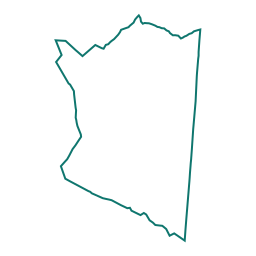 the district of Maria Helena, Paraná, Brazil
{"feature_id": "56859067B83221867435385", "entity_name": "Maria Helena", "entity_type": "district", "adm_level": 2, "iso_a3": "BRA", "parent_name": "Brazil", "parent_adm1": "Paraná", "projection": "equal_earth", "projection_center": [-53.224, -23.591], "detail": "fine", "context": "isolated", "style": "outline", "palette": "teal", "viewbox_px": 256, "rotation_deg": 0, "n_neighbors": 0, "source": "geoboundaries", "source_scale": "gbopen_adm2", "svg_char_len": 1480}
<svg xmlns="http://www.w3.org/2000/svg" viewBox="0 0 256 256"><path d="M198.6,55.8L198.6,52.0L199.4,40.4L200.3,29.5L198.3,30.0L194.0,31.3L191.7,33.2L189.3,33.9L186.4,35.8L184.5,36.5L182.9,37.6L180.9,38.5L178.3,35.7L175.1,35.2L172.9,35.3L170.0,33.1L168.8,31.3L166.5,30.4L164.2,28.4L161.7,28.2L159.4,27.2L157.4,26.9L155.4,25.7L152.0,24.3L149.0,23.3L147.0,23.2L144.6,23.0L142.8,23.7L141.0,21.6L140.4,18.0L138.8,15.4L137.4,16.8L135.1,19.5L133.6,22.6L129.9,25.7L128.5,27.2L125.9,28.1L123.9,28.8L121.1,29.8L120.0,32.1L118.2,34.7L114.1,39.1L111.5,41.0L109.9,42.4L108.3,44.2L105.8,44.9L103.6,48.7L101.8,48.2L95.3,45.0L82.5,56.1L77.6,51.8L75.6,50.1L65.6,40.9L55.7,40.3L61.6,55.0L56.1,62.0L68.6,83.5L70.1,84.6L73.9,91.1L74.1,94.4L75.6,107.5L76.1,110.4L75.9,113.6L75.7,117.7L76.3,120.2L76.7,122.8L77.4,125.9L79.1,130.2L80.8,134.4L81.1,136.8L78.8,140.2L75.4,145.4L72.6,149.1L69.2,155.7L67.2,159.2L64.9,161.7L60.9,166.2L65.3,178.7L70.2,181.4L88.4,191.1L90.2,191.8L91.8,193.3L102.8,198.2L105.9,198.9L109.2,199.6L111.6,200.2L121.0,205.2L124.4,206.8L127.3,208.2L129.9,207.8L131.5,210.7L140.5,215.1L143.8,213.0L146.2,214.5L149.6,220.3L152.9,222.6L155.3,225.0L159.4,225.5L162.3,225.8L163.8,227.0L166.2,229.0L169.6,235.7L174.2,233.4L184.7,240.6L185.5,229.3L186.4,217.9L187.1,209.4L189.4,181.3L189.7,177.2L190.0,172.6L190.8,162.5L191.1,159.6L191.9,148.7L193.2,129.1L193.5,125.8L195.6,101.5L196.2,88.7L196.8,76.0L197.0,73.2L198.2,58.7L198.6,55.8Z" fill="none" stroke="#0f766e" stroke-width="2"/></svg>